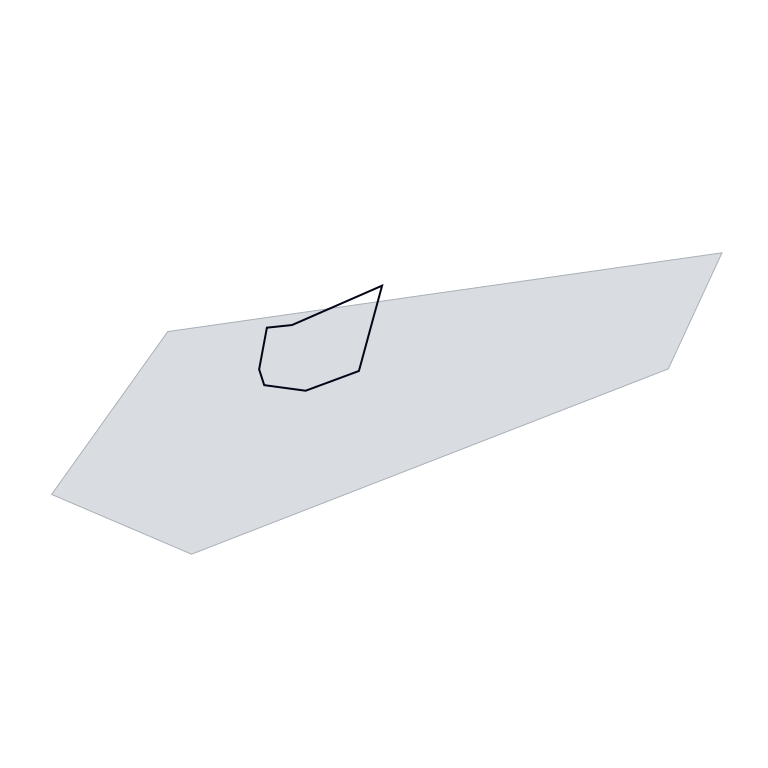 location of The Farrington within Anguilla, rotated 195°
{"feature_id": "AIA-5124", "entity_name": "The Farrington", "entity_type": "District", "adm_level": 1, "iso_a3": "AIA", "parent_name": "Anguilla", "parent_adm1": "", "projection": "equal_earth", "projection_center": [-63.044, 18.213], "detail": "fine", "context": "in_parent", "style": "outline", "palette": "ink", "viewbox_px": 768, "rotation_deg": 195, "n_neighbors": 0, "source": "natural_earth", "source_scale": "10m", "svg_char_len": 407}
<svg xmlns="http://www.w3.org/2000/svg" viewBox="0 0 768 768"><g transform="rotate(195 384 384)"><path d="M606.4,378.7L91.5,598.2L113.3,472.2L525.9,169.8L676.5,191.3L606.4,378.7Z" fill="#d9dde1" stroke="#a8b0b8" stroke-width="1"/><path d="M511.7,408.1L488.2,417.1L411.3,478.5L411.5,419.1L411.6,390.1L458.0,357.2L499.4,351.9L508.4,365.8L511.7,408.1Z" fill="none" stroke="#020617" stroke-width="2"/></g></svg>